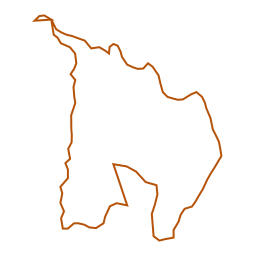 Damolândia, Goiás, Brazil
{"feature_id": "56859067B54653544847909", "entity_name": "Damolândia", "entity_type": "district", "adm_level": 2, "iso_a3": "BRA", "parent_name": "Brazil", "parent_adm1": "Goiás", "projection": "robinson", "projection_center": [-49.341, -16.25], "detail": "fine", "context": "isolated", "style": "outline", "palette": "amber", "viewbox_px": 256, "rotation_deg": 0, "n_neighbors": 0, "source": "geoboundaries", "source_scale": "gbopen_adm2", "svg_char_len": 1327}
<svg xmlns="http://www.w3.org/2000/svg" viewBox="0 0 256 256"><path d="M127.2,205.4L113.4,164.2L126.6,166.4L136.0,171.5L145.7,182.1L156.5,185.2L157.4,194.4L155.0,204.3L151.8,214.0L153.6,236.2L159.4,240.6L164.8,239.2L173.6,237.6L173.6,230.0L178.6,221.6L180.5,215.1L184.6,208.8L192.0,206.5L195.1,202.2L198.6,196.1L203.0,188.8L207.1,179.9L210.8,173.4L214.5,167.6L221.4,156.0L220.0,147.3L218.9,141.7L215.3,134.2L212.8,129.4L210.5,118.2L206.2,107.9L204.9,102.7L202.0,96.8L196.4,92.1L191.0,94.4L182.9,99.4L178.0,99.8L173.3,98.6L167.5,96.9L162.8,92.1L160.4,83.5L158.5,75.3L152.6,66.7L148.0,63.3L143.3,68.5L137.9,68.9L133.3,67.4L127.2,64.7L122.0,56.9L120.5,51.5L117.6,45.6L113.4,44.0L109.6,47.0L109.0,53.5L105.1,50.6L99.3,47.2L91.2,48.4L88.0,44.5L84.8,40.6L79.6,38.8L72.3,36.1L66.5,34.7L61.5,32.5L56.2,29.3L51.3,19.6L53.7,34.7L57.6,37.7L60.9,43.3L69.9,47.2L75.1,53.5L76.3,63.3L74.1,68.9L70.6,74.2L75.3,80.0L73.5,87.1L74.3,96.9L75.3,103.0L71.2,115.2L71.3,128.6L71.8,135.3L71.6,142.4L68.2,148.8L70.1,158.8L65.4,163.1L67.9,169.4L67.9,178.2L60.4,186.8L62.3,193.4L60.4,202.9L64.0,211.3L61.1,218.3L62.8,228.6L67.9,228.6L74.0,223.3L78.5,223.3L84.3,224.7L89.3,227.4L96.0,228.1L103.5,223.3L105.2,216.5L110.0,206.2L116.6,203.2L127.2,205.4ZM51.3,19.6L44.2,15.4L39.3,16.1L34.6,20.7L51.3,19.6Z" fill="none" stroke="#b45309" stroke-width="2"/></svg>